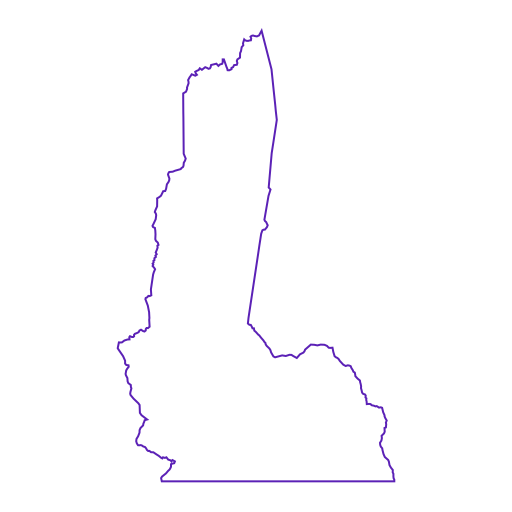 São João da Baliza, Roraima, Brazil (Natural Earth projection)
{"feature_id": "56859067B56754764067741", "entity_name": "São João da Baliza", "entity_type": "district", "adm_level": 2, "iso_a3": "BRA", "parent_name": "Brazil", "parent_adm1": "Roraima", "projection": "natural_earth1", "projection_center": [-59.862, 0.77], "detail": "fine", "context": "isolated", "style": "outline", "palette": "violet", "viewbox_px": 512, "rotation_deg": 0, "n_neighbors": 0, "source": "geoboundaries", "source_scale": "gbopen_adm2", "svg_char_len": 4607}
<svg xmlns="http://www.w3.org/2000/svg" viewBox="0 0 512 512"><path d="M394.3,481.3L394.3,479.7L393.6,478.2L393.4,476.4L393.4,473.8L392.7,472.3L392.8,470.0L390.9,467.6L389.5,465.1L388.9,461.7L388.2,460.0L384.8,457.0L383.5,454.0L382.5,450.1L382.2,448.3L380.8,446.6L380.2,444.9L380.0,442.8L381.4,440.6L381.9,438.1L381.6,435.8L384.0,433.4L384.7,431.7L384.5,428.0L385.9,427.4L386.2,424.2L385.9,422.6L386.7,420.5L385.4,418.3L384.6,416.5L384.5,415.2L383.2,412.3L382.1,407.8L380.8,407.3L379.0,407.6L377.8,406.8L376.7,406.1L375.5,406.4L373.9,405.7L371.6,405.2L370.6,404.1L369.2,403.9L366.8,404.1L366.6,401.4L366.2,399.9L366.4,398.4L365.5,397.5L365.7,395.5L364.9,394.4L363.2,393.9L362.1,392.6L361.6,390.3L361.0,388.1L361.1,386.3L360.7,384.1L360.2,382.4L359.9,380.5L357.6,378.6L355.4,376.2L355.2,374.6L354.8,372.6L353.4,371.7L352.8,370.2L351.4,368.0L350.7,366.2L349.4,365.6L347.8,365.3L345.7,366.0L343.3,364.7L339.8,360.9L338.6,359.0L337.3,357.9L336.1,357.4L334.6,356.2L333.3,351.9L332.5,347.7L330.2,347.9L328.7,347.7L327.0,345.9L324.5,344.8L320.7,344.6L317.4,345.4L314.3,344.8L310.8,344.6L309.7,345.6L305.1,349.6L304.5,351.2L303.4,352.6L300.0,354.3L296.8,358.0L293.0,355.9L291.5,354.9L289.5,354.8L285.8,356.0L282.2,355.4L275.1,357.3L273.4,356.4L271.1,352.4L270.4,350.1L269.4,348.5L266.7,345.9L265.7,344.4L265.4,342.9L264.5,342.1L263.4,340.4L261.3,338.0L260.1,336.5L259.3,335.4L258.3,334.7L255.8,331.9L254.3,330.6L253.9,328.3L252.5,328.3L251.8,326.7L250.8,324.9L249.4,324.8L247.9,323.5L248.5,317.9L257.9,255.5L259.4,245.3L261.2,233.7L262.4,230.3L263.5,229.7L264.9,229.6L266.9,227.2L267.7,225.2L267.0,223.9L266.2,222.1L264.9,220.9L264.4,219.7L268.5,195.9L270.5,189.5L268.7,187.5L271.7,153.1L273.3,142.8L276.8,119.9L275.8,111.1L275.2,104.7L273.5,88.7L271.5,69.3L261.6,30.7L259.8,34.0L259.1,35.4L256.9,36.4L254.6,36.0L253.0,35.5L251.5,35.9L250.5,36.7L251.2,38.4L250.9,40.3L249.3,40.5L248.2,40.9L246.9,40.9L245.1,40.3L244.2,39.4L243.0,43.3L243.3,45.3L241.7,47.1L241.0,51.1L240.1,53.1L240.0,57.6L237.4,59.4L236.8,61.0L237.4,63.0L236.8,64.8L234.1,65.1L233.1,67.1L231.5,67.9L231.5,69.2L229.2,70.3L227.6,70.2L227.2,68.5L226.5,66.9L223.9,59.4L222.7,59.4L222.7,62.2L222.2,63.8L219.9,64.5L218.4,65.9L216.4,63.7L211.1,65.0L210.6,67.2L209.9,68.4L208.5,68.8L207.0,67.9L205.2,67.2L201.9,69.8L199.8,68.3L198.7,70.0L196.3,71.1L195.2,71.8L195.8,73.4L196.9,74.8L195.3,75.7L193.6,75.0L191.7,74.3L190.4,76.3L189.6,77.3L188.1,80.1L188.5,81.7L188.6,83.2L187.0,87.6L187.1,88.9L186.0,91.7L183.2,93.4L183.2,96.0L183.3,112.0L183.4,118.2L183.7,153.8L185.7,158.6L185.0,160.7L183.8,162.7L183.5,165.8L182.9,167.1L181.4,168.1L180.7,169.1L175.1,170.7L172.7,171.7L169.2,172.0L168.3,173.4L168.0,174.6L169.4,178.6L169.2,180.4L168.5,182.0L166.9,184.3L166.1,188.8L165.2,191.0L163.2,191.2L161.0,195.7L159.4,197.0L157.1,198.4L157.2,200.4L157.1,206.4L155.4,210.2L154.8,212.0L155.8,213.5L156.2,215.1L155.7,219.2L153.4,224.1L152.5,225.9L153.1,227.1L154.9,227.9L155.3,230.6L155.5,234.4L155.3,239.2L155.9,240.8L156.9,241.7L157.8,242.6L158.5,244.9L157.4,245.7L157.6,247.7L156.8,249.9L155.7,252.5L156.7,254.2L155.4,255.6L155.9,256.9L154.4,258.2L154.4,260.2L153.4,260.9L153.6,262.5L152.6,263.7L153.3,264.7L152.6,266.0L154.2,267.8L155.1,269.2L153.8,272.2L153.1,274.6L150.9,289.4L151.1,292.4L151.3,295.3L149.6,296.1L148.4,295.9L147.2,297.3L145.7,298.0L145.4,299.2L147.8,305.6L149.1,312.2L149.4,318.0L149.2,319.9L149.6,326.7L148.0,328.1L146.6,328.0L145.8,329.0L145.7,330.5L144.5,331.5L143.1,331.1L141.0,329.7L139.5,330.5L138.6,332.2L136.8,333.1L134.9,333.8L134.0,334.9L134.1,336.3L133.2,337.0L131.9,337.0L130.0,336.2L129.3,337.2L129.5,339.4L127.5,339.5L124.4,340.5L121.9,342.4L120.6,342.5L118.9,342.4L117.7,348.2L118.5,349.5L123.1,356.2L125.1,360.7L125.1,363.6L126.3,365.0L128.5,365.3L128.7,366.8L127.2,368.7L126.2,370.4L125.6,373.9L125.9,375.2L127.4,378.1L127.6,381.3L128.3,383.1L130.8,385.0L130.9,387.1L131.4,388.3L130.4,392.1L130.2,393.8L130.6,395.1L133.6,398.7L138.3,403.2L139.6,405.0L139.9,412.9L141.5,415.2L147.1,419.5L144.7,420.2L144.1,422.0L143.4,423.6L143.1,425.4L140.5,428.0L139.6,430.1L139.5,432.7L138.1,436.3L136.5,438.9L136.2,441.2L136.8,443.3L138.0,445.2L139.3,445.3L140.8,445.1L142.1,445.6L143.1,446.4L145.1,447.1L146.2,448.5L146.9,449.9L148.2,451.0L149.4,450.9L151.0,452.2L153.4,452.3L156.3,454.3L158.7,455.8L161.3,457.9L162.3,458.4L163.0,457.3L164.9,457.9L166.4,457.3L168.2,459.6L170.7,460.4L171.4,461.4L172.5,460.1L174.9,461.4L174.2,463.2L172.2,463.7L171.0,464.2L171.0,466.8L170.2,468.5L169.5,469.6L168.1,470.9L166.0,473.4L162.0,476.6L161.1,478.1L161.8,481.3L194.5,481.3L231.5,481.3L394.3,481.3Z" fill="none" stroke="#5b21b6" stroke-width="2"/></svg>